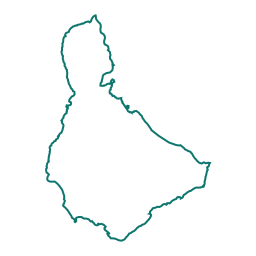 North West Malekula, Malampa, Vanuatu (Albers equal-area conic projection)
{"feature_id": "77236927B23242879306276", "entity_name": "North West Malekula", "entity_type": "district", "adm_level": 2, "iso_a3": "VUT", "parent_name": "Vanuatu", "parent_adm1": "Malampa", "projection": "albers", "projection_center": [167.222, -16.023], "detail": "fine", "context": "isolated", "style": "outline", "palette": "teal", "viewbox_px": 256, "rotation_deg": 0, "n_neighbors": 0, "source": "geoboundaries", "source_scale": "gbopen_adm2", "svg_char_len": 5705}
<svg xmlns="http://www.w3.org/2000/svg" viewBox="0 0 256 256"><path d="M180.5,145.2L179.6,145.5L176.3,145.1L169.0,142.5L158.5,135.7L151.3,130.0L151.2,129.4L147.3,123.8L145.2,121.8L142.4,117.7L141.7,115.8L139.8,114.2L139.0,112.9L136.3,110.9L134.0,111.3L133.8,112.0L132.2,112.2L131.3,112.4L131.4,112.7L130.2,112.0L129.6,112.2L129.5,111.9L128.1,111.3L126.9,109.1L125.8,107.6L126.3,107.5L128.4,108.0L128.6,107.0L128.5,106.0L127.9,106.1L127.6,105.8L126.8,106.2L126.5,106.6L125.9,106.8L124.4,105.7L124.4,105.3L124.0,104.7L122.4,102.9L122.7,102.6L122.4,101.7L121.7,101.0L121.8,100.5L121.2,99.5L121.3,98.0L118.3,98.7L117.4,98.4L116.8,98.4L115.6,97.2L115.1,97.2L114.8,96.9L114.5,96.3L113.8,95.8L113.1,95.9L113.2,95.7L111.9,95.0L111.4,93.8L110.7,93.8L110.4,93.4L109.8,93.3L109.6,92.5L109.8,90.3L110.8,89.5L110.6,88.2L111.5,86.9L111.8,86.0L112.0,85.4L111.7,85.0L112.2,83.6L112.3,82.8L114.3,81.8L113.7,80.0L112.4,79.4L112.2,79.8L111.5,80.3L111.0,81.3L110.5,83.8L109.7,83.9L109.2,83.6L107.5,83.9L106.5,84.4L105.8,85.1L104.0,85.7L103.8,85.5L102.8,85.9L100.4,85.6L100.6,83.3L101.5,82.0L101.8,81.8L101.8,80.4L102.3,79.0L102.9,75.8L103.5,74.8L106.4,73.1L110.1,72.4L112.3,70.2L112.8,67.7L112.6,65.9L113.8,65.1L113.1,64.5L112.5,65.0L112.4,63.8L112.7,62.9L111.8,61.6L111.8,61.0L111.5,60.4L110.0,58.8L110.1,57.4L109.9,56.7L110.5,55.2L109.8,51.9L107.9,50.1L108.4,49.6L108.6,49.0L108.1,46.5L107.5,45.8L104.6,44.2L104.1,42.3L104.1,41.2L104.9,38.4L104.8,36.2L103.6,34.3L102.2,33.5L101.5,32.8L100.9,32.6L100.5,31.0L100.4,28.4L100.8,27.0L100.6,24.7L99.8,23.3L98.1,21.8L96.2,19.1L95.9,18.3L95.9,16.3L95.6,15.4L94.5,15.7L92.8,17.2L91.5,19.5L91.0,21.3L90.3,21.6L89.9,22.3L89.7,22.4L88.4,21.5L87.7,21.6L85.2,22.3L83.5,23.5L83.1,23.4L82.2,23.8L81.4,23.7L80.8,24.2L77.5,24.9L77.0,25.5L76.4,25.3L75.8,25.7L74.8,25.8L74.0,26.3L73.0,26.5L70.3,28.8L69.3,30.3L68.9,31.8L66.0,33.1L65.3,34.2L65.2,34.8L65.2,35.3L65.7,36.1L65.7,36.3L64.6,36.5L64.0,37.2L63.4,38.8L63.1,42.2L62.4,43.3L62.6,44.2L62.4,45.3L62.6,46.7L62.0,47.5L62.0,50.7L61.5,51.6L61.8,53.8L62.6,55.7L62.8,55.7L63.0,56.0L62.7,58.3L63.4,60.8L63.3,61.4L64.7,63.8L64.8,64.4L64.5,65.2L64.6,65.9L65.7,67.4L65.7,68.2L65.8,68.5L67.0,69.9L66.8,70.9L67.1,71.8L67.3,72.9L67.1,74.5L67.2,74.8L67.1,76.2L66.8,76.6L67.3,78.4L67.9,79.4L68.0,80.9L68.7,82.4L68.6,83.3L70.1,85.9L71.0,88.3L71.7,88.8L72.7,90.2L73.0,91.2L73.8,91.4L74.4,91.9L74.6,94.1L74.0,95.3L73.1,96.0L72.2,96.3L70.8,97.7L69.5,99.4L69.1,101.2L69.3,101.7L69.9,102.0L70.7,102.1L70.9,102.3L71.0,103.0L70.9,104.4L70.3,105.1L68.0,105.5L67.1,105.4L67.3,106.0L66.9,105.7L66.5,106.0L66.3,106.8L67.6,108.3L67.7,108.8L67.5,109.2L67.2,109.3L66.7,110.0L67.0,111.2L66.6,111.6L66.5,112.3L66.7,113.0L64.8,114.4L63.7,116.2L63.4,117.5L63.4,118.0L62.7,118.6L61.9,120.0L61.4,120.5L62.0,121.2L62.1,121.8L61.9,122.7L63.4,124.8L63.5,126.2L63.2,126.8L62.4,130.4L61.8,131.4L61.5,132.7L60.3,133.2L58.8,135.2L59.1,135.3L58.9,135.9L58.3,136.0L58.0,136.4L58.4,136.7L58.3,137.2L57.8,138.4L56.2,139.3L55.7,140.0L55.8,140.5L55.5,141.0L54.2,141.3L53.4,142.4L51.8,143.6L51.4,144.4L51.4,145.5L50.2,146.2L49.7,147.2L49.6,148.0L50.2,149.2L49.9,150.5L50.0,151.0L49.6,151.7L49.8,153.0L49.1,155.0L49.1,156.5L48.6,157.1L48.8,158.5L48.3,160.2L48.8,160.9L48.8,161.4L48.7,161.8L47.9,162.2L47.1,163.8L46.8,165.7L46.5,166.4L46.9,167.2L46.9,167.9L46.2,168.8L46.1,170.2L46.6,172.6L47.5,173.1L48.9,174.5L47.7,176.6L47.2,178.6L47.2,179.3L47.7,180.2L48.3,180.9L50.1,181.6L52.8,181.7L54.3,181.5L55.2,181.9L57.0,183.3L58.8,185.2L60.0,186.8L62.2,189.9L64.3,196.2L64.1,197.4L64.3,198.0L63.9,199.1L64.9,200.8L63.8,204.0L63.4,204.2L63.3,205.1L63.1,205.6L63.9,206.6L64.3,206.8L65.2,207.6L67.6,210.2L71.6,216.4L71.9,217.7L73.9,219.0L74.8,220.0L75.0,220.5L74.6,221.2L74.7,221.8L75.2,222.1L75.7,221.8L76.3,221.0L75.9,218.7L76.1,218.2L76.5,217.7L78.7,217.0L81.2,217.0L82.3,217.4L82.7,218.0L83.4,218.2L84.3,218.7L85.2,218.5L86.9,218.7L88.5,219.2L89.3,219.8L90.3,221.3L91.3,221.5L92.0,221.1L93.1,222.6L93.8,222.9L94.4,224.0L95.2,224.8L96.0,225.1L97.1,225.3L97.9,225.1L98.3,224.5L98.1,223.9L98.3,223.8L98.4,224.2L98.7,224.3L101.3,223.9L102.8,224.3L104.5,225.4L105.1,226.3L105.2,226.9L105.5,226.9L105.1,227.8L104.4,228.2L104.6,229.4L105.6,230.5L106.5,231.0L109.2,233.4L109.1,233.6L108.7,233.6L107.5,233.3L107.3,233.7L108.4,235.8L109.9,237.0L110.7,238.3L114.7,238.5L119.0,240.3L120.7,240.6L121.9,240.6L124.5,239.4L125.6,238.1L126.0,237.3L126.7,236.8L127.8,235.6L129.1,233.6L130.8,233.0L132.3,231.9L134.4,230.8L135.6,229.7L136.9,228.1L139.1,226.4L141.5,225.6L141.7,225.0L142.0,224.8L144.1,224.2L145.6,223.0L149.1,219.1L149.9,218.0L150.8,216.3L151.1,214.8L150.2,214.0L149.5,213.8L149.9,213.6L150.1,213.2L149.9,212.1L150.2,211.4L152.2,209.3L152.6,208.4L153.6,208.0L155.1,207.8L157.2,206.9L157.9,206.8L159.2,207.0L160.3,206.6L161.5,205.9L163.4,204.2L165.4,204.1L166.4,204.7L166.8,204.4L166.9,203.5L167.2,203.2L168.7,203.1L169.7,203.4L170.6,202.7L171.4,201.5L172.9,200.4L175.0,199.3L176.1,199.0L177.4,197.2L178.0,197.1L178.4,197.3L179.1,197.0L180.4,197.3L180.8,197.9L180.8,198.5L182.7,197.5L183.6,195.1L185.4,194.0L187.3,192.4L189.5,191.1L190.7,190.9L193.1,189.1L194.8,188.1L196.1,187.6L200.1,187.6L202.4,186.8L203.4,186.8L203.4,186.3L203.8,186.0L203.4,185.5L204.4,184.6L204.7,183.8L204.5,181.9L205.0,180.4L205.1,179.6L205.5,178.2L205.4,177.2L206.0,175.8L207.0,171.0L207.8,169.8L207.5,169.2L207.1,167.7L207.4,167.0L208.6,166.5L208.7,166.2L209.2,164.2L209.9,163.0L208.1,162.7L206.8,163.1L205.9,163.2L205.0,162.9L204.5,162.5L203.7,162.4L201.7,163.5L199.3,162.8L197.3,161.1L196.6,160.4L196.3,159.7L194.8,158.3L193.3,156.1L192.1,153.8L191.7,153.3L191.1,152.9L190.9,152.3L189.8,151.5L188.0,151.0L187.5,150.5L185.2,149.5L184.7,149.1L184.5,148.5L180.5,145.2Z" fill="none" stroke="#0f766e" stroke-width="2"/></svg>